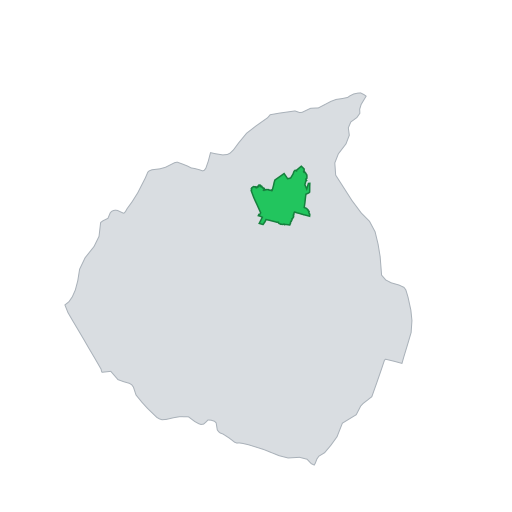 Lupane, Matabeleland North, Zimbabwe (highlighted), rotated 106°
{"feature_id": "62879985B9904230629136", "entity_name": "Lupane", "entity_type": "district", "adm_level": 2, "iso_a3": "ZWE", "parent_name": "Zimbabwe", "parent_adm1": "Matabeleland North", "projection": "orthographic", "projection_center": [27.928, -18.869], "detail": "fine", "context": "in_parent", "style": "filled", "palette": "green", "viewbox_px": 512, "rotation_deg": 106, "n_neighbors": 0, "source": "geoboundaries", "source_scale": "gbopen_adm2", "svg_char_len": 6868}
<svg xmlns="http://www.w3.org/2000/svg" viewBox="0 0 512 512"><g transform="rotate(106 256 256)"><path d="M355.7,426.2L351.5,423.2L345.8,421.3L338.5,420.3L329.0,420.5L317.3,421.9L304.8,419.8L291.5,414.3L280.4,412.3L267.1,414.5L266.5,414.5L264.2,412.7L260.6,408.7L254.6,408.0L252.9,407.1L251.6,405.6L250.7,403.8L250.4,401.7L251.4,395.2L250.9,394.5L249.2,393.7L245.9,392.9L237.9,390.0L227.9,387.1L211.5,383.9L205.2,383.1L203.7,382.2L201.8,379.8L198.7,372.4L195.7,367.5L188.7,359.9L187.5,357.6L187.9,351.6L188.4,346.7L189.2,342.6L188.8,338.8L188.7,334.0L188.9,330.8L188.0,329.4L185.4,328.4L178.1,328.0L169.2,328.2L168.9,323.4L168.0,315.8L166.3,311.5L164.3,309.3L160.2,306.9L151.9,303.8L140.6,298.9L130.9,291.8L119.8,282.9L116.3,281.3L112.2,272.9L105.8,258.5L106.1,253.7L105.2,251.3L99.0,244.3L97.7,240.6L96.5,236.9L86.7,226.6L83.4,222.1L80.8,216.3L78.3,211.6L76.1,209.8L73.3,206.7L71.4,203.1L70.4,200.4L71.1,196.7L72.0,194.2L81.3,196.7L86.3,196.8L90.2,195.5L95.1,197.2L101.0,201.8L107.3,202.6L114.2,199.6L123.4,200.4L135.1,205.0L144.8,205.9L156.3,201.7L166.5,190.1L176.2,179.1L185.7,166.6L191.4,156.4L199.9,148.2L211.0,141.9L222.4,136.5L239.8,130.0L243.3,124.6L244.5,118.7L244.5,110.5L245.4,105.1L247.2,102.7L250.1,100.8L253.9,98.4L265.4,92.2L275.1,88.3L286.8,85.8L299.6,85.9L312.0,86.1L319.0,86.1L319.1,94.0L319.5,103.0L320.8,103.8L330.1,104.2L345.0,105.0L359.3,105.9L368.4,112.5L371.4,114.0L380.9,115.9L392.9,126.9L407.4,128.3L417.4,131.9L426.1,135.8L431.1,140.4L434.3,141.5L438.8,141.9L440.9,142.4L440.4,145.6L437.3,150.9L437.5,158.6L441.3,169.5L441.6,178.8L439.9,195.3L439.5,211.2L439.8,216.9L440.3,220.7L441.1,222.8L440.9,225.2L438.3,231.8L436.2,238.8L436.0,241.6L435.2,243.5L433.8,245.3L427.4,248.3L426.3,250.3L426.2,254.0L426.9,257.0L429.2,258.2L432.0,260.0L433.1,262.4L433.0,264.8L432.0,269.2L429.2,276.6L431.5,285.1L434.2,290.7L437.8,297.2L439.3,301.2L439.2,304.0L438.5,306.8L432.4,318.3L428.0,325.4L422.7,333.0L415.8,337.7L414.0,340.0L413.3,342.7L413.3,348.5L412.9,354.6L406.9,363.8L410.2,371.9L409.4,372.7L407.4,373.8L398.9,382.6L390.4,391.6L384.1,398.1L377.0,405.6L369.1,414.0L362.3,421.1L355.7,426.2Z" fill="#d9dde1" stroke="#a8b0b8" stroke-width="1"/><path d="M166.0,228.8L165.6,228.9L165.1,229.2L164.6,229.4L164.4,229.3L164.2,229.3L163.9,229.9L163.4,230.2L163.3,230.3L163.2,230.5L163.0,230.9L162.5,231.2L162.5,231.3L162.5,231.5L162.4,231.8L162.2,231.8L161.9,232.0L161.9,232.4L162.0,232.7L162.2,232.9L162.1,233.0L161.9,233.4L161.7,233.3L161.3,233.4L161.1,233.2L160.9,233.4L160.7,233.3L160.4,233.3L159.0,233.8L157.2,237.2L162.2,240.6L163.0,240.5L162.8,242.0L164.2,242.8L167.1,243.0L169.3,243.6L171.5,244.2L173.0,246.9L169.0,251.7L177.8,258.8L180.5,258.8L183.5,258.6L189.3,258.5L189.0,258.6L189.0,258.8L188.9,258.9L188.7,258.9L188.7,259.2L188.5,258.9L188.2,258.9L188.0,259.0L188.6,259.6L188.7,259.8L188.7,260.1L189.0,260.4L189.1,261.2L189.1,261.5L188.7,261.9L188.7,262.0L188.8,262.1L189.0,262.1L189.0,262.3L188.8,262.5L189.0,262.9L189.0,263.2L189.1,264.0L189.5,264.3L189.6,264.5L189.5,264.8L189.5,265.0L189.9,265.1L190.0,265.2L190.0,265.6L190.4,266.0L190.5,266.2L190.5,266.4L190.8,266.5L190.8,266.8L190.7,267.0L190.2,266.7L189.9,266.7L189.7,266.7L189.3,266.8L189.2,266.5L188.7,266.7L188.7,266.9L188.9,267.4L188.9,267.7L188.9,267.9L188.6,268.3L188.4,268.1L188.2,268.5L188.3,268.8L188.1,268.9L188.0,269.0L188.0,269.5L188.0,269.9L187.9,269.8L187.7,269.6L187.4,269.7L187.4,269.9L187.4,270.1L187.5,270.1L187.8,270.0L187.7,270.4L187.4,270.4L187.4,270.5L187.6,270.7L187.8,270.8L187.8,271.0L187.7,271.1L187.2,270.8L187.1,270.7L186.9,271.0L187.2,271.4L187.4,271.5L187.5,271.6L187.4,271.8L187.2,271.9L186.8,271.8L186.7,271.8L186.7,272.0L186.9,272.2L187.1,272.2L187.2,272.3L187.1,272.6L187.1,272.8L187.7,272.8L187.9,272.9L188.0,273.2L188.2,273.3L188.3,273.2L188.6,272.9L188.8,272.8L189.0,273.0L188.7,273.4L188.6,273.5L188.8,273.7L189.1,273.5L189.3,273.6L189.7,273.8L190.0,273.9L190.2,274.0L190.3,274.2L190.2,274.3L189.9,274.1L189.7,274.1L189.7,274.3L189.7,274.5L189.6,274.8L189.6,275.0L189.9,275.2L190.2,275.3L190.1,275.5L189.7,275.4L189.6,275.5L189.6,276.0L189.8,276.4L190.0,276.6L190.0,276.8L189.9,277.1L189.9,277.3L189.9,277.5L190.0,277.6L190.3,277.6L190.7,278.2L190.9,278.3L191.2,278.4L191.3,278.5L191.5,278.8L192.0,278.7L192.3,278.8L192.3,279.0L192.6,279.1L192.9,278.9L193.1,278.7L193.4,278.7L193.5,278.6L193.8,278.5L194.0,278.4L194.2,278.6L194.4,278.7L200.1,274.5L203.0,272.1L206.3,269.2L209.4,266.6L213.2,263.4L215.4,264.0L215.3,264.7L216.6,264.9L216.6,264.2L216.6,262.8L217.0,260.6L223.8,261.9L223.8,260.4L223.8,257.9L223.1,257.6L222.8,257.5L222.6,257.4L222.2,257.4L221.8,257.2L221.6,257.2L221.4,257.1L221.2,256.9L220.5,256.9L220.2,256.8L219.9,256.6L219.5,256.6L219.1,256.5L218.8,256.5L218.6,256.3L218.2,256.4L218.1,255.8L218.1,254.4L218.0,253.8L217.8,247.2L217.8,245.0L217.5,244.5L217.4,243.8L217.4,243.7L217.7,243.6L218.0,243.5L218.1,243.3L218.2,243.2L218.4,242.7L218.5,242.5L218.4,242.0L218.4,241.8L218.4,241.7L218.5,241.5L218.6,241.4L218.7,241.0L218.5,240.8L218.5,240.5L218.4,240.3L218.4,240.1L218.5,239.5L217.8,238.4L217.7,238.1L217.6,237.8L217.8,237.7L218.0,237.6L218.1,237.4L218.1,237.2L217.9,237.0L217.7,236.9L217.3,235.2L217.1,233.6L216.9,232.4L216.9,232.1L216.7,232.0L216.3,232.1L216.0,232.1L215.4,231.8L215.1,232.0L214.9,232.1L214.7,232.0L214.3,232.0L214.1,232.0L213.9,232.0L213.7,232.1L213.4,232.0L213.2,231.8L213.0,231.6L212.7,231.6L212.5,231.8L212.1,231.6L211.6,231.4L211.4,231.4L211.1,231.4L210.9,231.4L210.7,231.4L210.6,231.6L210.4,231.7L209.9,231.2L209.6,231.1L209.3,231.1L209.2,231.0L208.8,231.0L208.6,230.8L208.4,230.7L208.2,230.8L208.1,230.7L207.9,230.7L207.7,230.9L207.3,230.8L207.2,230.8L206.8,231.1L206.6,231.4L206.2,231.4L206.1,231.2L205.9,231.1L205.5,231.2L205.4,231.1L205.1,231.1L204.9,231.2L204.7,231.3L204.2,231.3L203.8,231.2L203.7,231.2L203.5,231.3L203.1,231.1L203.1,230.7L203.1,230.4L203.0,229.8L203.2,229.7L203.2,228.7L203.2,227.8L203.1,226.9L203.1,226.5L203.1,225.1L203.1,224.9L203.1,224.4L203.2,224.2L203.1,222.6L203.2,221.9L203.2,221.2L203.1,220.6L203.0,215.6L202.8,215.7L202.5,215.5L202.3,215.7L202.2,215.8L201.9,215.7L201.6,215.7L201.4,215.7L201.1,215.8L200.9,215.9L200.8,216.1L200.8,216.4L200.6,216.4L200.4,216.5L200.2,216.8L199.8,217.0L199.7,217.2L199.4,217.2L199.2,217.4L199.0,217.2L198.9,217.2L198.8,217.3L198.7,217.3L198.7,217.2L198.7,217.4L198.6,217.2L198.4,217.3L198.3,217.5L198.3,217.8L198.2,218.0L197.8,218.5L197.6,218.6L197.4,218.7L197.2,218.8L197.2,219.0L197.3,219.3L197.2,219.4L197.1,219.5L196.5,220.1L196.3,220.6L196.1,223.0L191.2,223.7L184.8,224.8L183.8,224.9L182.9,225.1L181.2,223.1L180.1,222.1L179.2,222.2L174.5,223.5L171.3,224.3L171.8,225.6L177.6,225.7L174.0,228.7L172.2,228.7L170.2,228.8L169.9,228.4L169.7,228.3L169.7,228.6L169.1,228.7L168.9,228.8L168.7,229.2L168.1,229.2L167.9,229.1L167.8,228.9L167.2,228.5L166.4,228.8L166.1,228.9L166.0,228.8Z" fill="#22c55e" stroke="#15803d" stroke-width="1.5"/></g></svg>